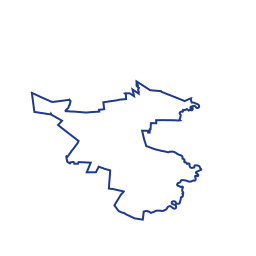 the district of Dumbrava, Prahova, Romania, rotated 227°
{"feature_id": "2599482B20295036954451", "entity_name": "Dumbrava", "entity_type": "district", "adm_level": 2, "iso_a3": "ROU", "parent_name": "Romania", "parent_adm1": "Prahova", "projection": "mercator", "projection_center": [26.217, 44.861], "detail": "fine", "context": "isolated", "style": "outline", "palette": "blue", "viewbox_px": 256, "rotation_deg": 227, "n_neighbors": 0, "source": "geoboundaries", "source_scale": "gbopen_adm2", "svg_char_len": 5698}
<svg xmlns="http://www.w3.org/2000/svg" viewBox="0 0 256 256"><g transform="rotate(227 128 128)"><path d="M106.6,194.4L107.6,192.3L108.2,190.2L109.1,187.7L110.0,187.4L117.9,183.7L131.7,177.1L132.4,177.3L140.5,170.0L156.4,166.0L156.1,165.7L155.4,165.4L154.9,164.8L154.1,164.7L154.0,164.4L154.0,164.0L153.9,163.8L153.4,163.8L153.3,163.6L153.2,163.6L153.1,163.8L153.0,164.3L152.9,164.4L152.7,164.4L152.7,164.0L152.7,163.9L152.4,164.1L152.2,164.0L152.1,163.4L151.9,163.2L152.0,163.0L151.9,163.0L151.6,163.2L151.4,163.2L151.3,163.3L151.1,163.1L150.6,163.1L149.9,163.4L149.5,162.6L149.5,162.0L149.3,161.7L148.7,161.2L148.4,161.1L148.0,160.9L147.5,160.8L146.7,160.3L146.5,160.1L146.3,159.5L145.9,159.2L153.1,157.6L147.1,154.1L147.4,154.0L148.2,153.9L152.2,152.9L155.2,149.7L155.4,149.3L154.3,149.4L152.5,148.2L151.7,147.3L150.5,146.3L154.2,141.5L156.4,137.9L161.8,130.2L163.6,127.5L158.0,123.4L158.8,122.2L161.1,119.3L159.6,118.2L165.6,110.8L167.7,108.1L168.6,107.2L176.1,100.4L179.8,96.7L180.7,96.0L182.8,93.9L183.2,94.0L183.4,94.3L183.3,94.9L183.5,95.2L183.3,95.8L183.5,96.4L183.4,97.4L183.5,98.4L184.6,100.0L184.6,101.1L184.7,101.3L185.2,101.5L185.3,101.7L185.4,102.0L185.7,102.7L186.3,103.5L186.7,104.2L186.9,104.4L187.1,104.4L187.3,104.3L187.7,104.4L187.9,104.2L188.3,104.2L188.8,104.4L188.9,103.9L198.3,90.8L199.0,90.2L199.8,89.9L200.0,89.6L200.8,89.3L203.3,88.3L210.4,85.2L216.0,83.0L219.2,81.6L203.6,70.5L194.1,78.0L191.7,79.9L191.0,80.4L190.8,80.7L190.8,80.9L190.8,81.1L190.9,81.3L190.2,81.1L189.8,81.1L178.3,84.7L177.9,78.9L172.3,79.7L152.2,83.0L151.3,80.8L149.9,72.9L149.9,72.6L149.6,70.4L149.4,70.1L148.2,63.9L149.3,63.8L149.3,63.5L149.2,63.4L149.0,63.2L148.3,63.0L148.1,62.7L147.0,61.8L146.3,61.5L145.9,61.5L145.8,61.2L145.4,60.9L145.0,60.7L144.7,60.6L143.5,60.8L142.9,61.2L142.2,61.1L141.7,61.3L141.6,61.5L141.7,61.9L142.1,62.1L142.1,62.5L141.8,62.9L141.5,63.3L140.9,64.4L140.5,64.8L139.9,65.0L139.4,65.0L138.6,64.8L138.4,64.5L136.0,67.0L136.8,68.6L134.3,71.0L128.1,77.1L123.7,67.6L117.5,74.4L119.2,79.0L119.7,80.1L115.5,82.4L114.3,82.9L109.1,86.1L96.8,72.7L93.0,75.8L84.5,81.6L84.2,80.3L84.2,78.8L84.1,78.3L84.1,77.5L80.7,65.3L74.7,64.6L73.6,64.6L70.4,65.8L68.7,67.1L67.7,67.4L66.7,67.5L57.4,71.2L50.9,76.3L52.0,77.7L56.0,82.3L55.7,82.5L55.8,83.1L55.6,83.5L55.1,84.5L53.8,85.7L53.6,85.7L53.4,85.7L53.4,85.8L52.1,86.5L50.3,86.8L49.7,88.3L48.9,90.0L48.8,90.5L48.7,91.2L48.6,91.6L48.3,92.1L47.6,93.1L46.4,94.2L45.9,94.9L44.3,96.1L43.7,96.8L43.4,97.4L42.8,99.0L42.5,100.2L42.4,100.8L43.1,103.0L43.0,103.9L42.5,105.1L42.1,105.5L41.5,105.8L38.9,106.2L38.0,106.5L37.6,106.7L37.1,107.2L36.9,107.6L36.8,108.2L36.9,108.6L37.3,109.3L37.8,109.7L38.6,110.0L39.2,110.0L39.7,109.9L41.0,109.1L42.1,108.6L42.4,108.5L43.0,108.6L43.3,108.8L43.8,109.3L43.9,109.6L44.0,109.9L43.8,110.6L43.3,111.4L42.7,111.9L42.3,112.2L41.9,112.3L41.6,112.3L41.0,112.2L40.0,111.7L39.5,111.8L38.2,113.3L37.9,113.9L37.8,114.3L37.9,114.5L38.0,114.9L38.9,116.2L39.4,117.2L40.3,118.4L41.1,119.2L41.1,119.9L41.0,120.5L40.9,120.8L40.6,121.0L40.9,121.7L41.7,122.8L41.9,122.9L42.7,122.9L42.9,123.0L42.9,123.3L42.8,123.9L42.8,124.1L43.5,124.5L44.6,124.6L45.6,125.2L46.3,126.1L47.1,127.6L47.2,127.8L47.5,127.9L48.0,127.8L48.4,127.5L48.5,126.8L48.8,126.4L49.6,126.1L51.3,125.5L52.0,125.0L52.5,125.0L53.0,125.3L53.3,125.5L53.4,125.9L53.6,126.6L53.6,127.1L53.0,128.2L52.8,129.1L52.8,129.4L53.0,130.1L53.3,130.4L53.5,130.9L53.5,131.2L53.3,131.6L52.7,132.4L52.1,132.9L51.6,133.4L51.1,133.8L49.3,135.0L47.5,135.8L46.8,136.4L46.4,137.0L45.8,137.8L45.5,138.7L45.0,140.1L44.7,140.3L44.4,140.4L44.1,140.7L43.9,141.2L43.9,141.6L43.9,141.8L44.4,142.6L44.6,142.8L46.8,144.0L47.0,144.2L47.0,144.4L47.0,144.7L46.7,145.2L45.6,145.8L45.2,146.4L45.2,146.7L45.5,147.2L46.0,147.4L46.3,147.4L47.2,147.4L48.2,147.1L48.7,147.2L49.0,147.3L49.3,147.6L49.2,148.4L48.7,149.6L47.6,153.1L47.9,153.4L48.4,153.5L49.9,153.5L50.3,153.7L50.8,154.0L51.3,154.1L52.3,153.8L53.2,153.3L54.7,151.8L55.0,151.5L55.1,151.2L54.9,150.8L54.1,149.7L54.0,149.4L54.6,148.7L54.8,148.1L55.2,147.5L55.9,147.0L56.5,146.8L57.2,146.8L57.7,146.9L58.5,147.3L59.7,148.4L60.0,148.5L60.7,148.2L61.1,147.8L61.4,146.7L61.8,146.7L62.8,146.9L63.3,146.9L63.8,146.7L64.3,146.0L64.6,146.0L65.0,146.2L65.4,146.5L65.8,147.1L65.9,147.4L66.6,147.6L67.5,147.6L68.1,147.1L68.5,147.0L69.6,148.1L70.0,148.3L70.4,148.4L71.6,148.2L74.4,146.7L75.5,146.5L76.0,146.2L77.3,146.1L78.0,145.7L78.5,145.7L79.5,145.1L79.8,144.8L80.2,144.7L80.3,144.6L81.3,143.3L82.3,142.3L82.5,141.7L82.6,141.1L82.7,140.9L86.1,138.7L88.0,137.2L92.6,134.2L93.4,133.6L95.2,132.6L101.0,129.8L102.2,129.0L108.9,132.2L111.6,133.7L116.4,136.5L112.2,140.8L111.0,139.6L109.9,140.7L112.2,143.0L111.7,143.6L115.9,148.1L112.2,151.9L114.5,153.9L109.4,159.5L105.9,163.1L103.6,165.6L102.9,166.3L102.5,166.5L102.4,166.7L101.9,167.4L100.1,169.0L98.9,170.2L98.0,171.5L98.7,171.5L99.2,171.8L99.6,172.3L99.8,173.2L100.0,173.5L100.5,173.9L101.2,175.1L101.3,175.2L101.9,175.5L103.0,175.6L103.5,175.8L103.9,176.3L104.0,177.0L103.7,177.8L103.5,178.6L103.3,178.8L102.6,179.1L102.6,179.3L103.1,180.4L103.2,180.6L103.4,180.7L103.1,180.9L102.8,181.6L102.3,181.8L102.2,182.1L101.8,183.0L101.8,183.8L101.5,184.0L100.8,184.2L99.3,184.3L99.1,185.7L98.0,186.2L97.6,186.5L97.4,186.9L97.3,187.4L97.5,188.0L98.7,189.0L99.0,189.0L99.1,188.9L99.6,187.9L99.6,187.6L99.8,187.5L100.2,187.4L100.5,187.7L100.6,187.9L100.7,188.2L100.6,188.5L99.5,191.0L99.0,191.5L98.6,191.7L97.7,192.0L96.3,191.8L95.6,192.1L95.2,192.5L94.9,193.0L94.8,193.4L94.8,193.9L95.1,194.5L95.6,195.0L96.4,195.4L97.1,195.3L98.7,194.9L100.0,194.0L101.0,193.8L101.4,193.5L102.3,193.0L102.9,192.1L103.2,192.0L104.5,192.5L105.3,193.1L106.1,193.7L106.6,194.4Z" fill="none" stroke="#1e3a8a" stroke-width="2"/></g></svg>